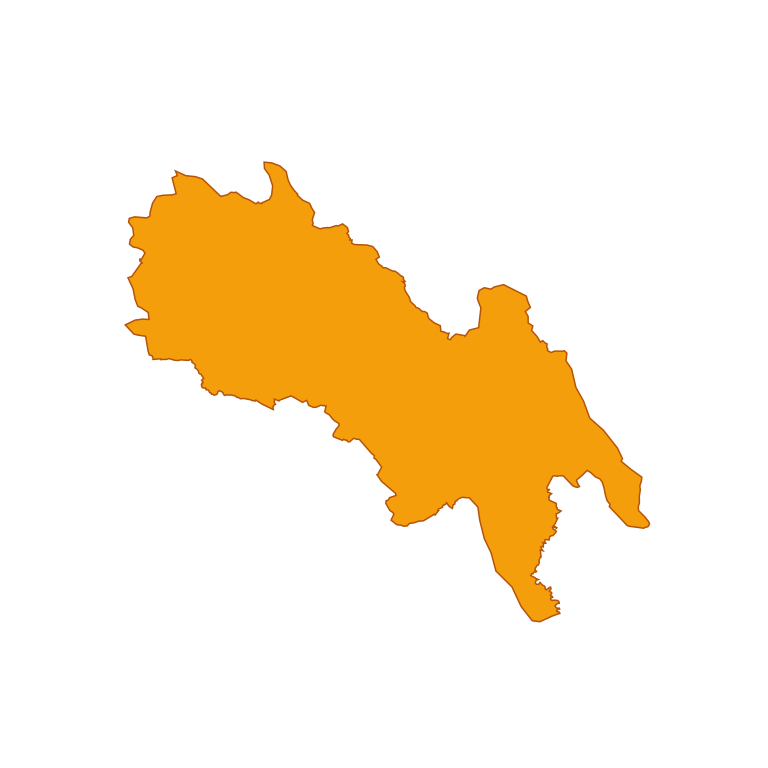 outline of Kota Metro, Lampung, Indonesia, rotated 113°
{"feature_id": "22746128B64737377738458", "entity_name": "Kota Metro", "entity_type": "district", "adm_level": 2, "iso_a3": "IDN", "parent_name": "Indonesia", "parent_adm1": "Lampung", "projection": "equal_earth", "projection_center": [105.315, -5.118], "detail": "fine", "context": "isolated", "style": "filled", "palette": "amber", "viewbox_px": 768, "rotation_deg": 113, "n_neighbors": 0, "source": "geoboundaries", "source_scale": "gbopen_adm2", "svg_char_len": 6153}
<svg xmlns="http://www.w3.org/2000/svg" viewBox="0 0 768 768"><g transform="rotate(113 384 384)"><path d="M269.4,659.2L272.9,655.7L277.0,659.6L290.0,649.7L292.6,652.7L296.7,661.3L300.2,666.4L307.9,667.7L317.4,666.4L320.9,665.1L323.8,667.3L327.6,678.9L331.1,683.2L334.9,682.3L338.4,676.3L345.1,672.4L349.9,674.1L354.7,672.9L355.9,668.6L355.0,664.3L355.0,658.2L356.9,655.2L364.5,656.0L364.2,657.4L365.1,657.4L366.1,656.9L367.1,653.9L368.0,654.8L383.6,658.2L386.2,661.2L394.4,652.2L403.3,646.2L408.7,641.0L408.7,637.6L410.3,629.0L416.4,625.5L418.6,631.6L422.4,638.0L430.7,645.3L435.8,633.7L435.1,629.4L433.2,622.1L446.0,613.9L449.0,611.3L448.6,608.8L449.4,607.7L451.1,606.1L451.6,606.2L448.2,599.7L448.8,598.7L448.1,597.9L446.4,593.9L444.6,591.8L444.0,586.2L442.9,582.8L441.3,580.7L438.6,573.1L437.0,571.9L437.6,570.0L439.0,569.3L439.7,566.1L440.7,564.7L443.0,564.4L443.6,561.5L444.7,559.7L446.3,558.7L446.6,558.0L446.6,556.2L449.4,552.1L451.7,553.4L453.1,551.3L454.5,551.3L454.4,551.8L455.7,551.9L457.7,550.8L458.4,549.2L457.4,546.5L458.8,545.6L458.2,543.7L459.1,542.0L460.0,541.3L459.8,540.1L460.8,538.8L460.3,537.2L460.7,536.1L459.6,534.5L458.2,533.6L455.8,533.8L454.6,533.1L454.5,530.1L455.2,528.6L456.6,527.1L456.7,526.0L455.5,524.8L454.5,521.6L453.7,520.2L453.6,518.4L453.0,517.1L453.8,513.9L453.3,513.0L453.7,510.4L452.6,508.5L451.9,506.6L450.6,500.3L450.8,499.3L449.9,495.7L448.9,495.7L450.2,488.2L450.8,475.9L448.7,477.2L446.4,477.0L445.1,475.9L443.5,478.2L442.5,478.0L440.7,479.1L440.6,474.0L439.4,473.5L431.2,464.8L432.7,451.8L429.3,448.8L433.1,444.9L433.1,439.7L431.7,437.2L428.3,433.9L426.9,428.7L432.5,427.8L433.2,427.0L433.7,422.4L436.2,417.8L437.3,414.8L437.8,411.0L438.4,409.7L440.6,409.2L443.8,410.4L448.5,411.0L451.1,411.0L452.3,409.8L452.1,400.1L450.7,399.6L450.7,397.3L450.3,396.2L451.2,395.1L451.0,393.8L450.6,393.0L446.3,390.9L445.6,390.1L445.7,387.9L444.6,385.1L452.8,368.3L453.6,365.0L456.2,364.2L456.3,362.4L461.4,353.7L470.0,354.5L470.2,355.0L474.6,348.2L480.1,330.7L481.9,329.4L486.4,334.4L489.7,335.0L490.5,336.4L490.9,336.4L493.2,335.7L498.1,329.2L498.8,325.9L499.8,324.1L506.6,324.3L508.5,317.2L507.3,313.0L507.3,310.7L505.8,307.4L502.2,305.9L500.2,302.3L496.6,298.3L494.5,294.2L484.2,286.8L484.7,285.8L479.3,284.3L479.6,285.0L477.8,285.1L474.8,282.0L472.5,282.3L471.9,281.2L470.9,280.8L470.6,280.2L468.8,280.0L471.3,276.0L471.8,272.4L468.1,273.2L466.9,271.9L464.2,272.6L462.8,271.1L461.7,271.1L459.6,269.7L457.7,267.6L455.5,260.9L460.6,249.5L471.9,242.7L487.1,231.3L497.7,219.3L512.4,207.9L520.8,186.9L535.2,170.9L544.0,155.0L541.9,147.6L531.8,138.4L526.4,132.5L525.5,133.8L525.7,136.3L524.6,136.4L523.2,135.6L522.5,134.4L521.8,135.0L522.7,137.0L522.7,138.0L521.5,139.8L519.2,139.1L518.1,138.4L517.5,137.1L516.9,137.1L516.0,138.1L515.5,138.9L515.5,139.8L515.9,141.4L517.6,145.2L517.3,146.5L515.9,146.9L514.5,145.4L513.7,146.2L513.9,147.7L513.6,148.3L511.0,147.8L510.3,148.4L510.4,149.8L510.0,150.9L507.4,150.2L505.9,151.2L506.2,151.9L510.0,154.2L509.7,155.5L507.4,156.8L507.0,160.3L505.7,162.6L505.7,163.0L507.9,163.3L508.8,165.4L508.1,166.9L505.4,167.3L503.6,165.5L503.7,168.4L503.3,169.2L503.0,174.1L500.8,173.8L500.5,172.7L498.9,172.7L497.5,170.5L496.7,170.4L496.5,172.2L494.2,172.7L491.0,172.2L490.2,171.1L487.5,171.4L485.8,172.4L482.3,172.4L481.8,171.8L475.7,175.3L475.4,172.5L474.4,174.2L472.7,176.1L471.7,174.6L471.7,173.7L469.3,174.6L467.9,175.7L467.9,173.8L467.3,172.9L466.3,174.4L464.5,175.0L463.9,174.0L462.9,170.5L462.8,171.2L460.1,171.8L458.6,171.0L457.4,169.2L452.6,167.7L451.6,168.8L451.6,171.4L450.2,172.9L449.5,172.5L449.4,168.8L448.6,168.8L448.6,172.7L446.7,172.0L439.6,171.6L440.1,172.7L436.3,174.9L435.0,173.3L431.7,171.4L431.7,175.5L430.1,176.4L429.9,177.4L426.6,178.7L426.4,186.1L425.9,187.2L423.7,187.6L423.7,188.2L421.9,188.2L419.5,186.9L419.4,189.5L419.7,191.0L418.4,191.7L416.8,190.4L416.5,190.8L417.0,192.1L416.8,193.2L415.5,193.6L402.9,192.6L401.7,190.8L401.3,188.5L399.9,186.7L398.5,183.1L403.9,170.6L404.0,167.8L403.6,165.6L402.0,164.0L400.2,166.6L397.3,169.3L390.3,165.7L384.2,163.3L384.7,159.3L386.9,153.0L387.0,148.3L389.0,144.8L393.5,141.0L400.1,136.5L404.2,133.1L406.5,128.9L408.8,128.7L419.2,105.0L419.2,102.9L415.2,88.4L414.4,88.1L412.2,85.3L409.2,84.8L407.3,86.6L404.5,91.8L401.1,100.1L398.8,101.5L396.3,102.2L393.7,102.4L387.4,105.2L381.0,106.8L378.7,108.3L377.1,108.8L372.9,109.1L369.0,110.3L366.0,123.6L362.5,135.5L359.6,135.3L351.8,144.0L340.8,164.0L335.0,181.3L321.8,193.6L312.3,205.9L297.0,217.1L291.6,225.5L284.2,227.7L282.9,230.8L284.4,233.2L286.9,239.6L289.7,242.5L289.4,246.5L287.8,247.0L286.2,248.8L283.4,249.5L283.2,252.1L282.0,254.8L284.4,256.4L280.4,261.8L277.1,269.0L272.4,269.7L271.5,275.1L265.4,277.8L262.1,282.2L256.3,279.2L251.8,283.9L247.5,287.3L245.8,312.7L251.7,320.5L254.9,322.6L256.2,329.3L260.8,333.0L268.4,331.7L270.9,329.7L276.0,324.6L295.2,318.9L301.0,326.5L308.3,328.0L307.9,328.4L309.9,337.3L315.1,340.0L317.1,340.0L317.4,340.8L317.3,343.3L311.8,344.0L312.8,345.7L312.6,349.2L313.3,352.2L308.3,355.0L308.1,361.5L307.1,365.1L306.3,367.9L304.7,369.9L301.9,371.8L301.4,374.9L302.1,376.8L302.0,378.5L300.9,381.0L300.9,384.7L299.9,385.9L297.8,391.7L294.4,394.5L290.0,400.9L287.1,403.1L285.8,402.6L283.6,404.0L282.5,407.0L281.8,404.8L281.4,404.6L280.0,407.1L278.5,407.6L277.9,408.5L277.7,411.2L276.5,414.5L275.9,418.2L276.7,420.5L276.3,427.4L277.3,430.4L276.2,432.5L276.1,433.8L275.4,436.1L272.4,440.1L268.9,437.9L264.8,442.1L261.9,448.0L262.7,453.8L267.2,465.8L267.0,468.8L263.9,469.7L264.9,471.6L263.5,471.7L262.1,474.1L260.7,474.8L259.9,477.1L257.6,476.2L254.3,478.8L252.8,484.7L256.4,487.9L256.9,489.9L261.4,495.1L262.2,497.4L264.2,500.9L266.2,503.6L266.1,511.9L264.1,511.9L260.8,514.2L253.3,514.9L250.4,519.1L246.8,523.0L246.6,530.5L244.1,537.6L243.0,537.6L240.8,542.5L237.4,548.0L233.4,552.2L226.6,557.1L224.0,564.9L224.3,573.5L226.6,581.1L232.4,578.2L236.5,571.4L245.1,563.9L253.8,561.3L258.9,561.6L265.3,567.5L265.7,567.2L266.4,569.4L265.7,570.8L268.2,572.3L267.1,580.5L267.4,586.1L265.2,595.1L266.0,596.0L267.4,599.9L270.9,602.0L275.1,607.6L266.2,631.2L266.8,638.5L269.7,648.0L269.4,659.2Z" fill="#f59e0b" stroke="#b45309" stroke-width="1.5"/></g></svg>